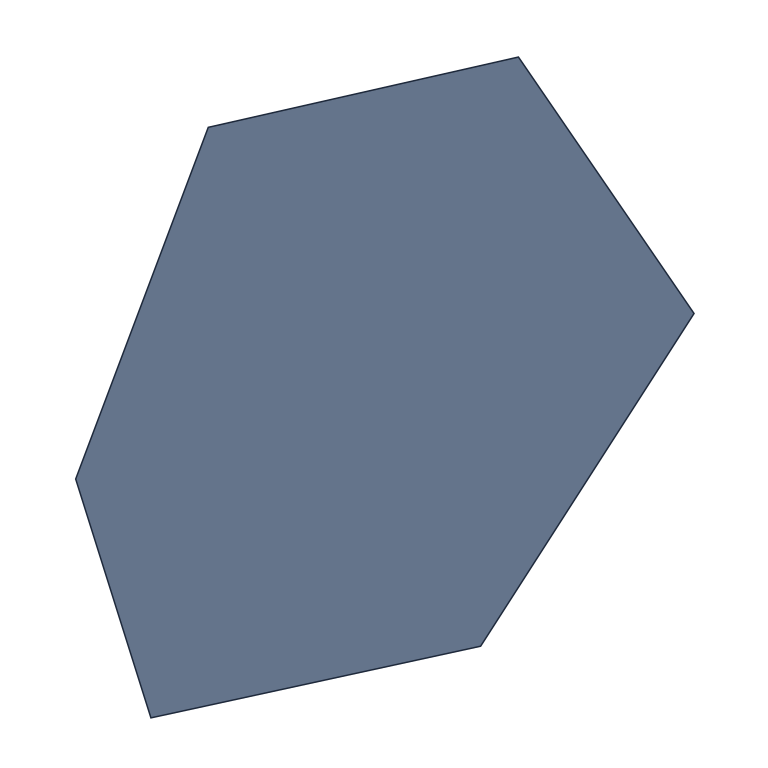 the border of San Marino, rotated 176°
{"feature_id": "SMR", "entity_name": "San Marino", "entity_type": "country or territory", "adm_level": 0, "iso_a3": "SMR", "parent_name": "Europe", "parent_adm1": "", "projection": "robinson", "projection_center": [12.465, 43.942], "detail": "fine", "context": "isolated", "style": "filled", "palette": "slate", "viewbox_px": 768, "rotation_deg": 176, "n_neighbors": 0, "source": "natural_earth", "source_scale": "50m", "svg_char_len": 253}
<svg xmlns="http://www.w3.org/2000/svg" viewBox="0 0 768 768"><g transform="rotate(176 384 384)"><path d="M541.4,652.3L227.1,700.8L69.8,432.7L305.9,115.7L639.8,67.2L698.2,310.7L541.4,652.3Z" fill="#64748b" stroke="#1e293b" stroke-width="1.5"/></g></svg>